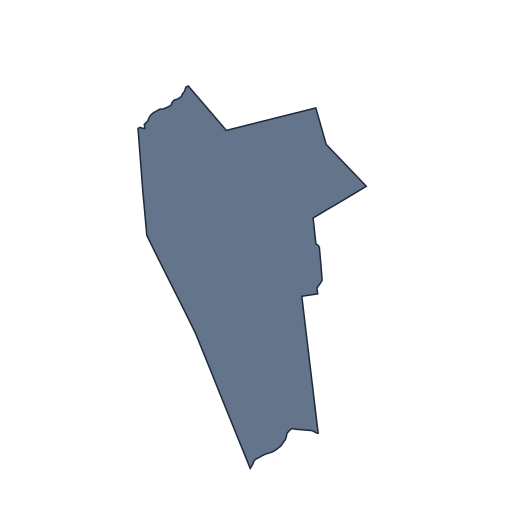 Governador Dix-Sept Rosado, Rio Grande do Norte, Brazil, rotated 230°
{"feature_id": "56859067B58375140928534", "entity_name": "Governador Dix-Sept Rosado", "entity_type": "district", "adm_level": 2, "iso_a3": "BRA", "parent_name": "Brazil", "parent_adm1": "Rio Grande do Norte", "projection": "robinson", "projection_center": [-37.543, -5.403], "detail": "fine", "context": "isolated", "style": "filled", "palette": "slate", "viewbox_px": 512, "rotation_deg": 230, "n_neighbors": 0, "source": "geoboundaries", "source_scale": "gbopen_adm2", "svg_char_len": 1031}
<svg xmlns="http://www.w3.org/2000/svg" viewBox="0 0 512 512"><g transform="rotate(230 256 256)"><path d="M98.0,174.8L86.1,186.8L82.0,188.4L80.3,189.7L195.7,265.2L187.3,279.0L189.2,280.1L192.4,282.2L193.9,288.4L195.0,291.2L210.4,302.1L222.0,310.2L224.6,310.4L226.8,309.7L248.4,324.2L246.0,339.3L243.3,355.2L238.5,385.3L296.4,381.5L331.0,397.0L340.1,378.3L359.4,338.6L371.3,314.0L429.8,313.4L430.5,310.9L428.2,307.3L427.5,304.0L426.1,301.2L426.7,296.4L428.0,293.9L427.6,290.5L426.0,287.6L426.7,284.6L428.3,279.3L430.3,276.8L431.7,269.7L431.7,266.8L431.1,264.0L428.9,259.6L428.7,255.1L425.2,252.8L427.1,251.0L429.1,249.8L429.6,247.6L381.7,213.3L379.1,211.4L365.5,202.0L348.2,189.9L343.7,186.8L342.0,185.6L316.3,179.3L259.0,165.7L235.7,160.0L196.4,147.3L168.0,138.0L108.3,118.7L97.0,115.0L97.8,117.4L98.7,120.0L100.2,122.5L100.5,124.9L99.1,131.9L98.2,135.8L95.4,142.4L94.7,146.4L94.5,153.0L95.8,157.6L96.4,160.4L97.6,162.4L100.3,165.9L100.9,170.4L100.4,173.0L98.0,174.8Z" fill="#64748b" stroke="#1e293b" stroke-width="1.5"/></g></svg>